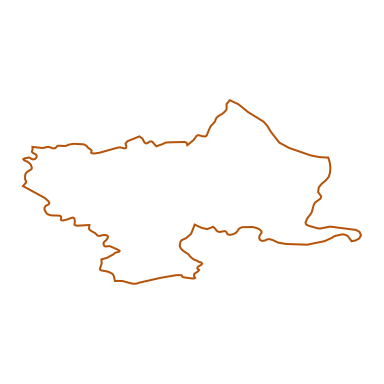 map outline of Utenos (Robinson projection)
{"feature_id": "LTU-1074", "entity_name": "Utenos", "entity_type": "County", "adm_level": 1, "iso_a3": "LTU", "parent_name": "Lithuania", "parent_adm1": "", "projection": "robinson", "projection_center": [25.525, 55.493], "detail": "fine", "context": "isolated", "style": "outline", "palette": "amber", "viewbox_px": 384, "rotation_deg": 0, "n_neighbors": 0, "source": "natural_earth", "source_scale": "10m", "svg_char_len": 3984}
<svg xmlns="http://www.w3.org/2000/svg" viewBox="0 0 384 384"><path d="M328.3,157.6L329.7,162.3L330.4,167.6L330.0,172.8L328.6,177.1L325.6,180.6L321.8,183.7L318.8,187.3L318.1,192.1L321.1,196.2L320.6,198.5L315.1,202.5L313.8,204.7L311.8,212.1L310.7,213.9L307.0,218.9L305.5,222.6L306.2,224.6L308.7,225.8L318.0,228.4L320.6,228.5L330.0,226.6L355.9,229.9L359.5,231.9L361.0,235.2L359.3,238.4L355.5,240.5L351.5,241.2L351.0,240.4L347.8,236.1L346.4,235.3L344.2,234.5L342.0,234.4L334.9,236.0L333.4,236.7L332.4,237.6L324.7,241.1L307.3,244.7L286.2,244.0L278.4,242.7L272.8,240.1L269.8,239.2L268.0,239.2L266.5,239.7L265.0,240.5L262.2,240.9L260.3,240.1L259.2,238.2L259.4,236.2L260.4,234.4L261.5,232.9L261.6,231.6L260.5,230.2L258.6,228.8L254.4,227.4L252.3,227.0L242.5,227.2L241.9,227.3L241.0,227.6L240.1,228.0L239.0,228.8L238.4,229.5L237.4,231.2L236.8,231.8L236.0,232.7L234.4,233.6L232.4,234.4L229.7,234.9L228.0,234.5L227.2,233.8L226.9,233.0L226.5,232.2L225.4,231.3L224.3,231.1L219.8,232.0L218.0,231.6L216.7,230.7L215.0,228.5L213.2,226.8L207.3,229.1L201.5,227.8L194.7,224.6L191.6,232.6L190.7,234.2L186.0,238.2L181.6,240.2L180.8,241.3L180.2,242.7L179.7,245.7L180.3,247.4L181.0,248.7L183.3,250.9L188.0,254.0L189.1,255.1L189.9,256.3L192.5,258.6L194.1,259.6L197.0,260.7L198.2,261.5L199.6,262.1L201.2,262.5L202.1,263.4L201.6,264.6L197.9,266.8L197.3,268.0L197.6,268.9L198.6,269.5L199.1,270.0L198.6,270.8L197.4,271.8L194.3,273.8L194.0,275.4L194.3,276.8L195.1,277.9L194.3,278.4L192.2,278.5L183.7,277.3L182.3,276.7L182.0,275.9L181.4,275.2L176.5,275.1L160.3,277.9L139.1,282.7L137.0,283.5L134.7,283.8L132.2,283.6L122.3,281.0L114.9,280.9L113.9,276.4L113.5,275.4L112.6,274.0L110.0,272.5L107.7,271.6L101.3,270.4L100.2,269.8L99.9,268.7L100.7,266.5L101.7,263.4L101.4,259.4L106.7,257.9L108.1,257.3L110.4,255.9L113.1,254.6L114.8,253.0L116.2,252.4L118.1,252.1L119.3,251.6L119.6,250.7L117.5,249.5L110.0,246.2L108.1,246.2L106.6,246.4L105.0,246.4L104.0,245.6L103.4,243.2L104.1,242.0L106.5,239.8L107.3,238.6L107.9,237.3L107.8,236.2L106.8,235.3L104.3,235.0L102.2,235.2L100.4,235.8L98.9,235.9L97.3,235.4L95.4,233.3L91.1,230.9L89.7,229.8L89.0,228.9L89.4,225.0L77.6,225.7L76.1,225.5L74.6,224.9L74.6,223.9L74.7,222.5L74.8,221.0L74.6,219.4L74.0,218.1L73.2,217.6L72.1,217.7L65.8,219.9L62.8,220.5L61.4,220.3L60.9,219.6L61.1,218.4L61.2,217.1L60.4,215.9L58.8,215.6L51.3,215.4L48.8,214.7L46.9,213.7L46.0,212.4L45.2,211.2L44.6,209.9L44.5,208.7L44.7,207.4L45.3,206.3L46.2,205.5L48.4,204.5L49.2,203.8L49.3,202.7L48.3,201.0L44.5,197.8L23.0,186.1L26.1,182.4L26.1,181.2L25.6,180.5L25.3,179.8L25.1,179.0L25.1,175.7L25.5,173.9L26.8,172.2L28.4,171.0L31.2,169.4L31.8,168.4L31.7,167.1L30.7,164.6L29.1,162.9L27.3,161.7L25.3,160.8L23.9,160.0L23.3,159.2L24.5,158.4L29.1,157.5L30.2,158.0L31.2,158.8L32.9,159.4L34.7,159.1L36.0,158.1L36.7,156.7L36.7,155.8L36.0,154.6L32.7,152.8L31.9,151.8L32.3,150.3L32.6,149.4L32.4,146.9L42.6,148.0L44.3,147.8L46.6,147.0L48.6,146.9L53.0,148.3L54.5,148.4L55.7,147.8L56.3,147.1L56.8,146.4L57.6,145.9L59.0,145.7L63.9,146.0L66.1,145.8L69.0,144.6L73.6,143.8L83.4,144.3L84.0,144.5L86.3,145.7L86.8,146.1L87.9,147.6L88.9,148.4L91.2,149.9L91.6,150.7L91.1,152.4L91.4,153.0L92.8,153.4L95.1,153.4L99.6,152.7L117.5,147.7L118.7,147.5L120.4,147.4L123.8,148.3L125.2,148.4L126.1,147.9L126.4,146.5L125.5,143.6L126.6,142.2L127.6,141.2L139.4,136.4L142.5,138.6L143.1,140.0L144.2,142.0L145.2,143.0L146.2,143.4L147.1,143.3L148.9,142.1L150.0,141.5L151.5,141.4L152.9,142.3L153.5,143.2L156.4,146.3L162.8,144.0L165.1,142.8L167.3,142.4L184.0,142.0L185.9,142.3L186.5,142.8L186.8,143.5L187.0,144.0L187.3,145.2L193.2,140.4L194.3,139.1L196.6,135.8L198.0,135.2L199.2,135.3L202.2,136.2L205.1,136.5L206.1,136.1L206.9,135.0L209.4,128.8L210.8,126.1L215.0,121.5L215.7,119.3L216.7,117.6L218.8,115.8L222.0,114.0L223.5,112.8L225.5,110.9L226.4,109.6L226.6,107.7L226.6,104.1L229.7,100.2L238.5,104.3L248.1,112.1L263.5,121.6L267.4,126.0L271.0,132.0L279.3,142.6L289.0,147.9L310.6,155.4L319.4,157.1L328.3,157.6Z" fill="none" stroke="#b45309" stroke-width="2"/></svg>